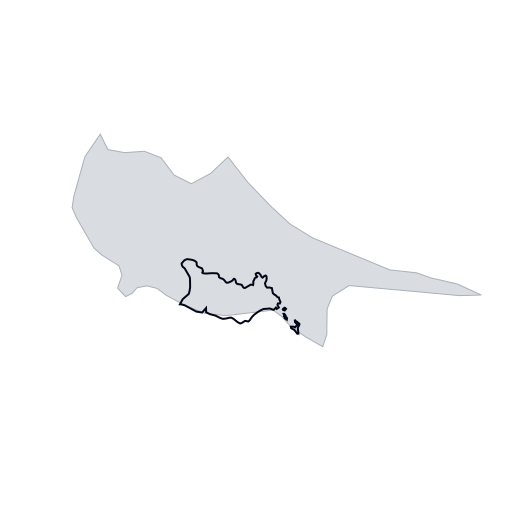 where Larnaca sits in Cyprus, rotated 40°
{"feature_id": "CYP-3463", "entity_name": "Larnaca", "entity_type": "District", "adm_level": 1, "iso_a3": "CYP", "parent_name": "Cyprus", "parent_adm1": "", "projection": "robinson", "projection_center": [33.519, 34.89], "detail": "fine", "context": "in_parent", "style": "outline", "palette": "ink", "viewbox_px": 512, "rotation_deg": 40, "n_neighbors": 0, "source": "natural_earth", "source_scale": "10m", "svg_char_len": 3271}
<svg xmlns="http://www.w3.org/2000/svg" viewBox="0 0 512 512"><g transform="rotate(40 256 256)"><path d="M360.7,270.6L365.4,282.6L345.4,286.2L325.4,287.4L314.3,285.8L303.8,286.5L271.3,321.0L253.8,332.7L233.0,339.7L211.8,343.9L201.2,344.4L191.8,348.8L185.3,356.7L185.1,364.5L182.2,370.9L170.6,369.6L165.8,357.0L157.5,351.6L137.0,354.4L126.9,354.1L94.0,342.1L84.1,337.2L77.9,327.0L61.1,290.0L58.4,262.8L74.1,269.7L88.9,261.3L103.2,247.5L120.1,241.8L130.7,244.2L141.1,246.7L160.0,242.2L168.2,221.8L170.9,198.1L202.8,204.9L235.1,208.4L261.6,209.6L287.6,205.8L367.5,180.6L390.1,165.5L404.0,160.4L428.3,148.0L453.6,141.1L437.4,155.5L346.3,218.8L340.3,237.7L344.4,250.7L357.3,266.5L360.7,270.6Z" fill="#d9dde1" stroke="#a8b0b8" stroke-width="1"/><path d="M277.0,264.8L278.5,266.2L279.6,268.0L280.4,271.1L282.6,272.7L284.8,273.1L286.7,271.4L288.8,270.4L292.9,273.7L295.5,273.7L296.2,273.4L298.8,273.7L300.3,273.1L301.3,274.0L304.3,275.5L304.8,277.0L303.3,278.3L303.8,279.6L306.6,280.8L305.9,283.2L304.4,282.7L304.2,285.9L300.4,287.3L295.8,291.8L294.5,294.5L293.3,298.0L292.4,301.8L292.1,305.5L292.5,309.6L292.1,311.3L290.4,312.0L289.3,312.8L288.1,316.6L287.3,317.8L284.6,318.5L278.8,318.6L276.5,319.2L275.0,320.8L273.2,323.2L271.1,325.4L268.7,326.4L263.1,327.8L258.0,330.2L253.9,331.1L251.2,328.0L251.1,333.9L246.1,336.9L233.0,339.6L230.4,340.8L228.8,341.9L228.7,341.4L227.7,336.6L227.7,335.7L228.8,328.8L228.8,328.0L228.4,327.2L227.2,324.8L225.4,322.0L220.1,315.9L219.2,315.1L217.9,314.4L209.5,311.4L209.0,311.3L207.1,311.4L206.4,311.2L205.0,310.6L203.8,309.5L203.9,305.5L204.5,303.9L204.8,303.4L205.2,302.8L205.8,302.3L209.2,300.2L210.7,299.5L212.7,299.0L213.8,299.0L214.7,299.2L215.2,299.7L216.0,300.7L216.7,301.1L217.4,301.4L218.3,301.4L219.0,301.3L222.6,300.2L223.3,300.5L223.8,300.9L224.8,301.4L225.1,301.6L225.3,302.1L225.3,302.7L225.5,303.2L226.1,303.4L227.3,302.8L229.2,301.4L232.8,297.9L237.1,294.4L238.7,294.2L239.5,294.4L240.2,294.9L241.1,295.9L242.0,296.0L243.2,295.7L245.3,294.9L246.5,294.8L249.8,295.4L250.5,295.4L251.2,294.9L252.0,294.0L253.3,291.3L253.7,289.9L253.7,288.8L253.6,288.1L253.7,287.7L254.1,287.4L254.9,287.4L255.6,287.6L256.1,287.9L257.6,289.1L258.3,289.4L259.1,289.5L260.1,289.2L262.8,287.6L263.8,287.3L264.6,287.5L265.1,287.9L265.9,288.1L266.7,288.2L267.4,288.1L268.1,287.6L269.8,283.0L270.1,282.0L270.4,281.4L270.8,280.9L272.4,280.2L272.2,279.7L271.7,278.8L271.1,278.2L270.6,277.6L270.2,277.0L269.7,274.8L269.3,273.7L270.2,271.9L270.1,270.9L268.8,271.0L267.5,270.1L267.2,269.8L267.7,268.3L268.8,267.3L270.0,267.3L271.7,267.6L273.9,268.5L275.0,268.3L275.2,266.2L275.9,264.8L277.0,264.8ZM329.5,288.7L328.1,287.8L330.3,285.9L331.8,285.5L331.8,281.9L328.5,281.6L326.6,279.9L328.2,280.3L329.4,280.1L332.1,280.0L333.0,280.1L333.3,280.7L333.7,281.7L334.0,283.5L334.3,284.2L335.0,285.0L338.4,288.2L337.6,289.0L332.8,288.0L329.5,288.7ZM315.5,282.2L316.9,282.6L317.6,283.4L318.4,283.4L319.1,283.4L319.9,283.9L320.5,284.9L320.2,284.9L319.4,285.0L318.8,285.2L318.3,285.2L318.1,285.2L318.0,284.6L317.2,284.4L316.3,284.4L316.1,283.6L315.4,283.2L314.3,282.6L314.7,282.2L315.5,282.2ZM312.0,277.0L313.0,277.2L313.0,279.3L312.1,279.6L311.4,279.9L310.9,279.7L310.7,279.1L311.0,278.1L311.1,277.3L312.0,277.0Z" fill="none" stroke="#020617" stroke-width="2"/></g></svg>